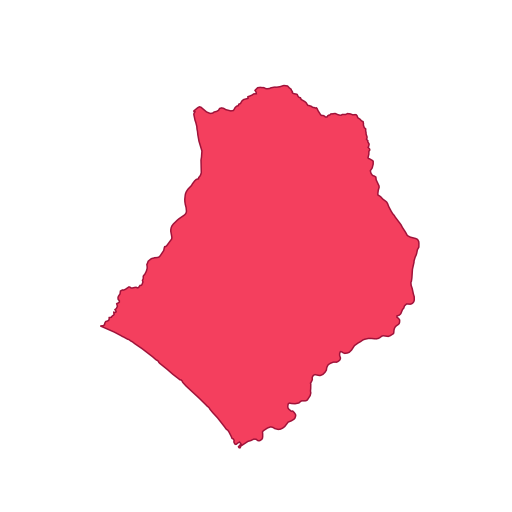 Uatucarbau, Viqueque, East Timor (Mercator projection), rotated 53°
{"feature_id": "22284137B52677210689185", "entity_name": "Uatucarbau", "entity_type": "district", "adm_level": 2, "iso_a3": "TLS", "parent_name": "East Timor", "parent_adm1": "Viqueque", "projection": "mercator", "projection_center": [126.683, -8.704], "detail": "fine", "context": "isolated", "style": "filled", "palette": "rose", "viewbox_px": 512, "rotation_deg": 53, "n_neighbors": 0, "source": "geoboundaries", "source_scale": "gbopen_adm2", "svg_char_len": 6131}
<svg xmlns="http://www.w3.org/2000/svg" viewBox="0 0 512 512"><g transform="rotate(53 256 256)"><path d="M102.7,218.2L102.9,218.5L104.1,218.0L104.7,219.6L105.6,220.5L110.9,223.0L113.1,223.7L116.9,225.3L119.1,226.7L121.4,227.8L124.2,229.5L129.9,232.4L139.6,236.0L144.2,240.0L146.3,242.2L156.6,249.6L158.0,251.6L158.6,253.1L158.8,254.5L159.7,255.5L158.9,257.6L159.1,259.8L160.1,263.3L160.9,265.1L161.6,269.7L162.0,271.0L162.6,272.7L163.6,274.5L164.7,275.8L167.8,278.7L169.8,280.1L172.2,281.4L175.3,282.7L178.4,284.6L179.4,285.7L180.0,287.1L180.2,288.5L179.9,295.0L180.0,297.1L180.7,302.7L181.4,305.1L182.3,306.6L183.6,308.1L185.0,309.2L189.6,311.5L190.9,312.3L191.7,313.2L194.0,321.0L194.1,322.4L193.6,323.3L194.1,324.1L196.1,326.4L198.1,332.1L198.4,333.4L198.3,334.7L197.6,336.1L196.3,338.1L196.0,339.3L195.4,340.3L195.1,341.8L195.3,345.3L196.6,347.2L197.0,348.2L199.3,349.5L200.4,350.4L202.2,352.8L203.8,356.1L203.9,357.3L204.3,358.2L205.9,359.4L206.5,360.1L207.1,361.4L208.7,361.9L210.2,364.3L210.4,365.2L209.7,366.3L210.5,368.8L210.0,370.0L208.9,370.5L208.3,371.4L207.0,374.3L206.2,375.1L205.0,375.4L204.2,376.1L204.0,380.5L203.4,382.6L202.7,383.1L202.4,385.4L204.4,387.3L205.3,389.9L205.9,391.0L207.4,392.1L208.3,392.2L209.4,392.0L210.6,392.9L210.6,394.4L210.3,395.2L210.3,396.0L212.7,396.9L213.8,398.9L214.0,399.9L213.9,400.8L215.1,401.0L216.0,401.0L216.5,401.6L216.2,402.6L215.3,403.4L216.0,403.9L217.1,404.3L217.5,405.3L217.4,406.5L217.5,407.5L217.9,408.4L216.8,410.3L218.1,411.3L218.6,412.3L218.6,413.5L217.9,415.5L218.7,417.3L219.7,418.3L219.7,420.0L218.2,422.4L231.4,415.0L238.2,411.8L240.0,411.1L240.7,410.6L245.2,408.6L246.2,407.8L248.6,407.1L249.5,406.7L249.9,406.4L252.7,405.7L261.6,402.7L274.3,399.2L278.3,398.4L279.5,398.0L280.0,397.6L281.3,397.4L282.5,397.6L283.7,397.5L293.2,395.1L300.4,393.6L309.2,391.2L309.7,390.5L311.5,390.2L312.4,390.5L313.5,390.5L317.8,390.1L335.6,386.9L344.4,385.6L346.9,385.3L347.9,384.9L349.3,384.8L350.7,385.0L355.2,384.8L362.1,384.1L373.9,383.9L375.6,384.0L376.8,383.9L377.9,383.4L378.8,383.4L380.4,383.5L385.4,384.4L387.1,384.9L387.6,384.8L388.4,384.2L389.2,384.3L390.3,384.6L391.1,385.5L391.9,385.8L393.5,386.0L394.3,385.5L394.5,385.0L394.4,383.0L394.7,381.1L397.7,381.1L397.3,382.5L397.8,384.8L398.8,384.9L399.5,384.4L399.6,384.0L399.3,383.5L398.4,382.3L398.4,382.1L398.7,381.9L399.2,374.0L400.3,371.1L400.9,368.0L402.4,366.2L404.4,365.7L405.4,364.8L405.8,363.8L405.9,361.7L405.4,360.5L404.3,359.4L402.2,357.8L400.4,356.7L400.1,355.9L400.0,354.6L400.3,350.2L401.3,347.1L402.1,346.4L403.5,345.4L404.9,345.0L406.8,343.5L407.9,342.6L409.0,340.7L409.5,338.3L409.5,335.7L408.0,330.3L408.9,327.0L409.2,323.9L408.9,322.5L408.1,321.3L407.4,320.4L406.3,319.8L404.0,319.7L401.9,320.0L401.3,321.2L398.1,322.0L396.6,321.9L395.3,321.2L394.1,320.0L393.5,319.2L393.5,317.9L395.2,316.4L397.5,313.7L398.9,310.8L399.2,309.8L399.0,308.5L399.1,306.9L399.6,306.1L401.6,303.4L401.9,301.7L400.1,296.8L398.3,294.6L397.5,294.3L396.2,293.4L394.9,292.2L391.2,289.3L390.3,289.0L389.9,287.7L388.7,285.5L386.8,284.2L386.1,282.8L385.9,281.9L386.0,280.9L386.4,280.1L389.6,277.3L390.2,276.4L390.8,273.8L390.4,270.9L389.5,268.5L387.8,266.8L387.0,265.4L386.4,264.1L386.3,262.9L386.5,261.1L387.3,258.1L389.3,255.5L389.6,254.0L389.6,252.5L389.4,251.4L388.7,250.3L388.0,249.8L386.0,249.2L384.4,248.1L383.3,246.6L383.3,245.8L384.2,245.2L385.8,244.6L387.2,243.7L388.5,241.3L389.0,239.5L388.6,236.3L386.8,231.3L386.9,226.9L387.3,223.9L387.3,222.6L387.4,221.0L387.9,219.3L389.5,215.8L391.5,213.2L393.4,211.2L394.6,209.7L395.5,207.7L395.7,206.1L395.7,203.9L396.2,202.4L399.8,198.8L400.4,196.8L400.7,192.9L400.2,192.2L398.1,190.3L397.0,188.8L396.5,187.7L396.2,186.0L396.3,183.5L396.1,182.3L395.3,181.2L394.0,180.1L393.2,179.7L391.3,179.8L389.9,180.3L388.7,179.5L389.4,177.4L389.3,175.6L389.0,174.7L386.9,171.2L386.6,169.5L385.2,167.4L384.9,164.6L387.3,161.8L387.7,160.9L387.9,159.7L387.8,158.7L387.4,157.4L386.4,156.1L383.8,154.2L381.1,153.2L375.9,150.8L372.9,149.8L370.4,148.3L369.6,147.0L367.3,144.7L360.7,139.0L356.2,133.7L355.0,132.7L352.7,129.6L351.6,127.5L350.5,126.0L348.1,123.3L346.9,120.6L344.1,118.4L342.5,117.4L340.9,117.1L339.8,117.1L338.2,117.9L333.8,121.4L331.6,122.5L330.3,122.8L327.2,122.3L321.3,121.9L318.3,121.4L308.5,121.4L306.8,121.2L304.5,121.4L301.5,121.1L296.5,120.3L293.4,119.4L291.6,119.2L290.2,119.5L286.8,120.5L283.6,120.8L280.5,121.9L279.2,120.9L277.0,118.7L275.3,116.4L274.1,115.6L267.5,114.2L265.1,112.8L263.4,113.4L262.3,114.2L261.2,114.5L259.1,114.4L256.7,113.4L255.6,110.2L253.1,107.1L251.0,105.5L250.2,105.4L249.4,105.7L246.6,106.9L245.8,107.5L244.9,107.4L242.7,104.7L240.4,102.9L239.8,101.3L238.9,100.9L236.7,101.1L236.2,100.0L234.7,98.3L232.0,98.0L231.3,97.3L229.2,97.5L228.7,96.5L227.8,95.7L224.9,94.7L223.4,93.7L222.2,93.2L220.5,91.9L218.7,92.3L216.0,91.4L215.1,90.6L213.1,89.6L211.6,90.4L209.4,90.6L206.8,91.5L204.9,90.9L203.5,91.0L202.7,91.8L202.1,92.9L201.3,93.9L199.5,95.0L198.7,95.7L198.3,96.3L197.4,97.0L196.9,99.3L194.9,101.9L194.8,103.3L194.0,104.3L192.2,105.7L190.1,106.8L189.2,107.9L188.9,108.8L187.6,110.6L187.8,112.4L187.3,113.1L187.2,114.4L187.7,115.2L187.2,116.5L186.5,117.0L185.5,117.1L184.1,117.9L183.3,119.0L182.1,119.4L177.1,119.0L175.0,118.5L174.0,118.6L173.7,119.5L172.8,119.9L171.6,121.1L170.9,121.5L170.0,121.6L167.6,123.2L166.9,124.0L163.8,123.7L162.0,124.1L158.0,125.8L157.2,125.4L156.3,125.3L155.6,126.0L154.1,126.4L151.8,125.9L151.1,126.3L149.2,128.0L148.3,128.5L147.3,128.7L146.6,128.0L144.8,128.0L144.0,127.6L141.9,128.2L139.2,128.5L136.8,130.9L136.4,131.6L135.3,134.8L133.7,137.8L132.2,139.7L130.6,143.0L130.4,144.3L129.7,145.5L129.0,146.7L128.0,147.6L127.0,148.0L126.1,148.6L125.1,149.9L123.9,151.1L122.6,153.4L123.1,157.1L125.2,157.3L126.6,158.1L125.2,160.2L125.1,162.3L124.5,164.8L123.9,166.6L125.3,167.5L123.6,171.8L123.7,173.9L124.9,176.7L124.4,178.4L125.3,179.6L124.7,181.3L124.9,183.4L125.8,185.3L126.2,186.5L125.0,188.8L121.0,192.0L118.6,193.0L117.0,194.4L116.3,196.3L117.1,198.3L116.8,200.5L115.8,202.8L115.8,204.7L114.6,206.8L111.2,208.8L104.1,210.4L102.8,211.4L102.5,213.3L102.7,218.2Z" fill="#f43f5e" stroke="#9f1239" stroke-width="1.5"/></g></svg>